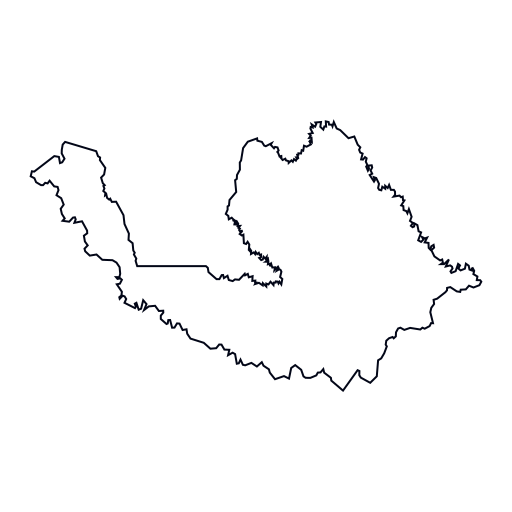 Solano, Caquetá, Colombia (Equal Earth projection)
{"feature_id": "7082276B1556586451217", "entity_name": "Solano", "entity_type": "district", "adm_level": 2, "iso_a3": "COL", "parent_name": "Colombia", "parent_adm1": "Caquetá", "projection": "equal_earth", "projection_center": [-73.482, 0.241], "detail": "fine", "context": "isolated", "style": "outline", "palette": "ink", "viewbox_px": 512, "rotation_deg": 0, "n_neighbors": 0, "source": "geoboundaries", "source_scale": "gbopen_adm2", "svg_char_len": 6079}
<svg xmlns="http://www.w3.org/2000/svg" viewBox="0 0 512 512"><path d="M65.1,141.9L62.7,144.6L61.8,149.7L61.7,153.4L64.5,158.7L62.2,162.3L60.0,163.1L58.9,156.9L54.3,156.1L34.2,171.6L31.9,171.3L30.7,176.3L34.4,178.2L36.1,182.2L41.0,185.1L43.1,185.1L45.2,182.8L47.6,183.4L49.6,180.7L54.2,186.4L57.6,186.9L58.5,190.1L56.5,195.2L61.2,198.2L63.7,204.6L60.7,208.8L61.9,214.0L64.7,218.4L62.6,220.8L69.2,221.7L73.0,217.6L74.9,217.3L75.7,219.3L74.4,222.8L82.0,221.3L87.1,230.6L87.2,233.3L83.9,235.7L84.9,241.5L87.7,245.4L84.5,248.7L85.2,251.3L89.8,255.6L96.5,254.5L102.3,259.8L112.5,260.2L116.5,262.6L119.6,267.2L120.2,273.8L119.4,277.1L116.0,277.1L117.5,278.9L120.4,278.4L121.9,279.8L119.9,283.7L116.8,284.3L121.9,291.8L121.4,295.5L119.3,297.2L119.7,298.8L122.7,295.7L124.6,296.4L126.2,299.0L124.5,302.8L135.0,308.1L135.9,306.7L134.8,303.7L136.4,302.8L138.7,309.7L141.1,308.7L143.2,300.2L146.5,304.1L144.1,310.0L148.8,306.4L155.1,305.8L158.9,311.0L163.2,310.7L163.3,312.6L160.8,315.6L160.8,319.0L166.5,324.0L167.7,323.5L168.3,320.1L170.1,320.0L172.1,327.7L174.5,327.6L177.0,323.4L179.5,323.6L182.6,330.0L186.5,329.3L187.2,333.7L190.5,338.6L203.8,342.8L210.4,348.7L216.2,348.2L219.2,344.5L221.5,344.6L224.4,349.6L229.3,349.8L228.1,355.2L232.6,352.7L235.1,354.1L236.8,363.7L238.8,363.3L240.5,359.6L242.9,364.8L245.2,365.3L251.4,362.9L256.9,366.5L261.8,362.2L263.5,365.7L268.9,369.3L269.8,372.6L275.0,379.2L284.0,376.1L289.0,378.6L291.2,368.0L295.2,365.1L301.2,369.8L303.5,376.4L305.6,377.8L310.3,377.9L316.3,375.4L317.8,372.6L320.5,372.4L323.3,369.1L324.2,372.7L330.9,377.8L331.3,380.6L343.0,390.6L357.6,370.2L359.4,371.0L359.3,375.2L360.8,377.6L370.2,382.8L376.8,376.3L378.1,360.3L381.2,358.4L384.2,353.3L386.8,346.4L385.7,344.6L386.3,340.7L389.1,338.2L392.6,337.0L393.7,338.3L395.8,336.4L396.0,332.3L398.1,328.5L400.4,327.7L404.3,329.9L410.1,327.9L420.3,329.5L422.4,327.7L424.7,328.7L429.6,326.1L431.1,323.1L433.0,323.2L430.3,312.2L431.3,307.8L434.1,304.0L433.6,299.8L437.1,298.7L445.4,292.2L447.0,290.3L447.1,287.9L450.3,287.1L456.8,291.4L460.2,291.9L460.7,289.7L465.8,289.4L469.0,285.7L473.5,287.5L479.4,285.2L481.3,281.7L480.2,280.2L476.8,280.1L477.4,276.5L473.4,274.1L474.2,270.8L472.7,268.1L471.8,268.5L472.0,270.5L469.5,269.6L468.7,265.7L465.9,263.7L464.9,268.7L460.6,270.4L458.4,268.5L460.0,265.4L458.1,263.9L455.6,271.2L451.4,272.9L450.5,271.4L452.5,268.5L452.0,266.7L450.2,265.4L445.8,266.5L448.9,259.5L444.1,264.1L440.9,264.1L442.9,262.7L442.2,259.5L440.1,260.4L434.4,256.4L431.4,250.2L434.1,247.6L433.6,244.9L431.3,246.3L430.2,249.5L428.7,247.9L428.5,242.9L424.7,242.4L427.1,237.6L424.8,238.4L422.0,237.0L423.4,239.6L421.1,241.9L418.2,240.3L421.1,232.4L418.6,231.3L417.4,225.1L414.4,223.4L414.1,226.5L412.6,227.2L410.9,225.8L412.9,223.0L410.0,220.9L411.6,216.8L408.9,209.1L407.4,213.3L406.3,211.1L403.6,210.1L403.3,206.1L401.2,205.4L404.4,200.4L403.0,200.1L402.7,196.6L401.0,197.2L399.5,195.6L393.6,196.6L395.1,194.7L395.0,191.6L393.9,189.9L390.9,189.9L389.1,184.9L387.7,188.0L385.2,185.8L385.2,188.7L382.3,186.7L381.3,190.3L379.2,189.8L378.1,188.0L379.0,183.8L376.2,178.0L373.9,177.2L374.9,180.1L374.0,181.6L369.7,175.0L372.2,173.7L370.6,170.5L372.2,167.5L371.7,165.3L368.3,165.6L369.0,168.8L367.9,170.7L366.2,166.6L367.4,165.1L365.8,161.7L366.6,158.3L365.0,157.1L363.0,159.6L361.1,159.4L362.6,153.6L360.2,152.5L359.1,149.8L360.3,147.3L357.7,144.7L354.3,136.5L348.5,138.2L340.2,130.1L336.7,128.5L333.8,122.0L332.5,126.4L331.8,124.7L329.1,124.6L328.6,122.0L325.8,121.4L326.1,126.6L324.4,126.4L323.3,129.6L320.3,126.8L321.0,122.0L315.4,122.5L316.3,124.0L315.1,126.7L311.7,124.4L312.7,127.5L310.7,127.0L310.4,128.6L312.7,133.0L309.1,133.9L310.7,135.6L309.2,137.9L311.5,137.7L311.8,141.9L310.2,140.5L309.6,141.3L311.1,142.0L310.1,142.7L310.9,144.4L306.6,146.7L304.0,145.7L303.2,150.7L301.7,150.2L301.0,153.5L298.4,153.3L298.3,154.8L297.2,154.8L298.2,158.1L297.2,158.9L297.7,157.4L296.2,157.4L296.9,158.6L295.9,160.6L294.0,159.1L292.8,161.8L291.4,160.4L288.7,162.9L288.6,161.2L286.0,160.4L285.3,158.7L282.6,160.0L280.5,157.4L281.4,157.4L281.3,156.0L279.5,156.4L277.8,152.0L276.8,152.6L278.6,150.5L277.5,147.4L275.0,146.9L274.0,148.3L270.7,144.8L271.6,143.2L265.8,146.2L264.2,145.6L261.9,141.9L257.4,140.7L257.1,138.4L247.8,141.7L243.1,148.1L241.1,160.4L239.8,162.5L239.9,169.7L237.0,175.0L236.8,178.9L235.1,180.2L236.2,192.0L229.5,200.0L229.0,205.5L227.6,206.4L227.6,209.7L225.8,213.9L228.3,215.9L228.8,219.3L231.7,217.7L233.5,219.6L233.2,221.3L234.2,220.0L235.2,220.7L234.4,224.4L236.7,224.5L235.8,222.2L236.7,221.3L238.2,223.7L237.6,226.0L240.0,225.9L238.4,227.8L239.9,228.6L239.1,230.0L240.4,232.0L241.4,231.9L241.5,230.1L242.0,231.2L239.7,234.0L241.9,235.5L243.4,234.7L243.9,243.2L246.1,244.0L247.6,241.8L249.3,244.5L248.8,249.9L249.9,251.1L250.0,249.0L251.2,250.8L251.0,254.0L253.8,252.4L255.1,254.1L255.7,252.0L257.2,254.1L258.8,252.8L259.6,254.9L261.1,254.5L261.1,257.0L259.2,257.9L261.2,260.1L262.8,259.5L263.6,256.8L265.3,258.6L266.6,256.9L266.4,259.5L267.9,258.4L268.2,260.2L265.8,261.7L268.3,261.8L267.9,264.3L270.0,263.7L270.0,266.3L271.2,264.0L272.3,267.5L275.0,267.3L274.5,270.2L278.0,266.7L278.6,267.9L277.1,270.5L279.3,269.2L280.6,270.0L281.4,271.7L280.1,277.0L282.3,279.0L281.3,284.4L279.5,281.7L278.5,283.4L277.8,281.6L275.8,281.4L275.6,282.6L273.8,282.6L273.5,285.1L270.5,281.7L268.5,284.4L266.3,283.6L266.3,286.5L262.9,283.2L262.7,285.4L258.9,282.8L255.2,284.0L256.1,282.5L255.1,282.4L255.3,280.6L252.3,280.9L252.6,276.2L248.8,277.3L247.8,273.9L245.1,275.3L244.7,273.8L239.0,279.8L235.0,279.4L232.7,281.1L228.8,280.0L227.5,275.8L223.9,278.1L223.1,275.0L221.7,275.1L219.4,279.1L216.5,279.1L208.5,272.1L207.8,267.8L205.9,266.1L137.2,266.1L135.6,260.8L136.3,258.6L133.9,254.5L134.7,252.7L133.3,250.5L132.6,243.2L128.5,239.9L128.9,233.6L124.5,224.0L123.5,215.2L116.1,201.7L111.8,201.9L110.2,198.7L109.2,199.6L107.1,197.9L106.3,194.3L105.1,195.3L105.4,192.8L103.3,191.0L104.4,188.5L103.4,186.0L104.7,185.2L102.8,183.2L101.1,177.6L104.1,174.5L105.3,167.9L99.9,160.1L100.1,157.5L98.0,156.2L96.2,151.2L65.1,141.9Z" fill="none" stroke="#020617" stroke-width="2"/></svg>